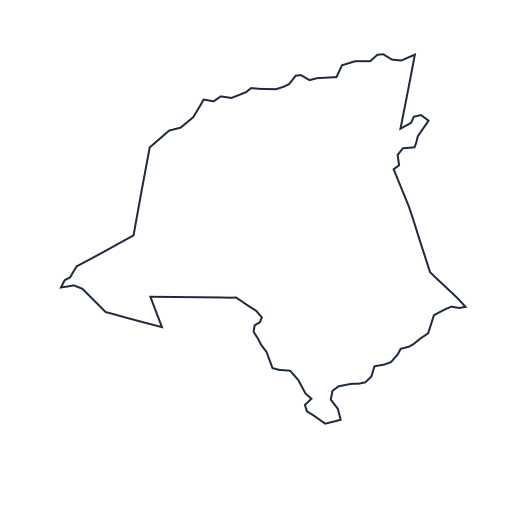 the district of Timbaúba, Pernambuco, Brazil, rotated 170°
{"feature_id": "56859067B92944053188612", "entity_name": "Timbaúba", "entity_type": "district", "adm_level": 2, "iso_a3": "BRA", "parent_name": "Brazil", "parent_adm1": "Pernambuco", "projection": "albers", "projection_center": [-35.348, -7.521], "detail": "fine", "context": "isolated", "style": "outline", "palette": "slate", "viewbox_px": 512, "rotation_deg": 170, "n_neighbors": 0, "source": "geoboundaries", "source_scale": "gbopen_adm2", "svg_char_len": 1556}
<svg xmlns="http://www.w3.org/2000/svg" viewBox="0 0 512 512"><g transform="rotate(170 256 256)"><path d="M183.8,113.5L176.9,112.4L170.3,112.6L163.3,117.3L158.5,126.8L148.5,126.8L141.6,128.0L133.6,134.4L129.7,139.4L120.8,140.2L116.0,142.0L108.4,146.2L99.9,150.0L91.0,166.9L78.5,170.8L72.3,172.2L64.9,169.5L58.5,169.5L64.5,178.9L69.9,186.3L82.3,202.8L87.4,209.8L92.1,243.5L94.9,265.0L96.8,277.9L105.4,317.5L99.3,320.6L99.0,330.9L92.6,336.6L81.0,335.5L78.4,340.0L75.9,345.8L62.6,359.3L69.0,366.1L76.3,365.8L80.2,360.2L91.6,356.3L86.2,370.3L82.3,380.3L75.5,398.0L64.6,426.7L71.0,425.2L79.0,423.3L88.0,425.8L95.7,432.6L101.5,433.1L109.7,428.0L124.6,430.6L138.2,428.9L145.7,418.2L164.7,420.5L172.8,419.9L180.3,426.3L185.5,426.7L193.6,419.5L199.2,417.9L207.3,416.8L223.1,419.9L231.6,422.2L237.3,419.1L243.9,417.7L252.7,415.9L263.0,419.3L270.8,415.7L280.4,419.1L284.8,413.8L293.7,403.6L307.9,395.5L319.8,394.6L341.8,381.4L358.3,337.5L368.6,309.6L373.0,297.6L408.6,285.4L434.3,277.0L438.2,272.7L442.7,267.3L448.6,265.4L453.5,258.9L446.4,258.7L440.5,258.7L432.7,253.9L413.8,226.9L404.1,222.4L398.0,219.4L375.7,209.0L361.0,202.3L367.1,234.2L299.6,221.6L288.2,219.3L282.9,218.6L278.1,214.0L270.9,207.0L265.3,202.0L260.9,194.4L263.9,189.9L269.4,188.0L271.5,181.7L268.4,174.2L266.2,167.2L262.3,159.7L259.2,142.7L252.8,139.8L242.3,137.1L235.9,126.5L231.1,111.9L226.2,105.8L233.7,100.8L232.8,94.2L226.4,88.4L217.0,78.9L209.7,79.3L201.1,80.0L201.9,91.2L207.3,101.6L204.1,109.9L197.3,113.3L190.2,113.5L183.8,113.5Z" fill="none" stroke="#1e293b" stroke-width="2"/></g></svg>